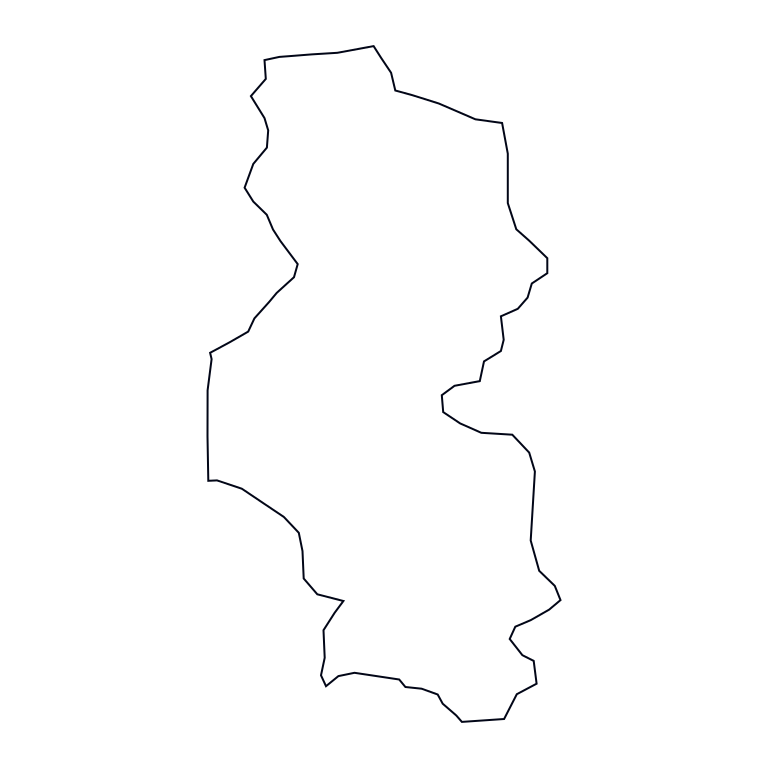 outline of Alvesta, Kronoberg, Sweden
{"feature_id": "70781695B73042132081687", "entity_name": "Alvesta", "entity_type": "district", "adm_level": 2, "iso_a3": "SWE", "parent_name": "Sweden", "parent_adm1": "Kronoberg", "projection": "equal_earth", "projection_center": [14.526, 56.874], "detail": "fine", "context": "isolated", "style": "outline", "palette": "ink", "viewbox_px": 768, "rotation_deg": 0, "n_neighbors": 0, "source": "geoboundaries", "source_scale": "gbopen_adm2", "svg_char_len": 1267}
<svg xmlns="http://www.w3.org/2000/svg" viewBox="0 0 768 768"><path d="M208.3,480.8L217.0,480.4L241.8,488.7L264.1,503.7L283.9,517.0L298.8,532.8L302.5,551.1L303.7,578.5L317.3,594.3L343.4,601.0L334.7,612.7L323.5,630.2L324.7,657.8L321.0,675.3L326.0,686.2L338.4,676.1L354.5,672.8L399.2,679.5L405.4,687.0L421.6,688.7L437.7,694.5L442.7,703.7L456.3,715.5L461.9,721.9L504.1,719.0L516.8,694.2L536.6,683.7L533.7,660.9L522.4,655.2L509.7,639.0L515.3,626.7L530.8,620.1L549.2,609.6L552.5,606.8L560.5,600.1L554.8,585.9L539.2,570.8L530.7,540.5L534.9,471.5L529.2,452.6L512.3,434.7L481.3,432.8L460.1,423.4L443.2,412.1L441.8,395.2L454.5,385.8L479.8,381.1L484.0,361.4L500.9,351.0L503.7,339.8L500.9,316.3L517.8,308.8L527.6,297.6L531.8,283.5L547.3,273.2L547.3,258.2L529.0,240.5L516.3,229.3L507.8,203.1L507.8,153.7L502.1,123.0L475.4,119.3L438.8,103.5L412.1,95.1L395.3,90.5L391.1,72.8L381.2,58.0L373.6,46.1L337.4,52.8L311.5,54.4L291.3,56.0L279.4,56.9L264.5,60.1L265.8,78.9L250.9,96.1L264.5,118.1L268.2,130.4L266.9,147.6L253.3,163.9L244.6,187.7L253.3,201.6L266.8,214.8L273.0,229.5L280.4,241.0L297.7,264.1L294.0,277.2L276.7,292.9L269.2,301.9L254.4,318.4L248.2,331.6L229.6,342.3L210.1,352.8L211.6,359.1L207.6,390.3L207.5,436.3L208.3,480.8Z" fill="none" stroke="#020617" stroke-width="2"/></svg>